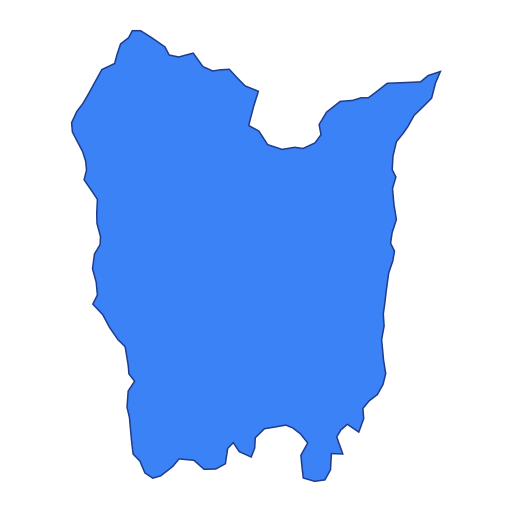 outline of Aparecida d'Oeste, São Paulo, Brazil
{"feature_id": "56859067B28943680298360", "entity_name": "Aparecida d'Oeste", "entity_type": "district", "adm_level": 2, "iso_a3": "BRA", "parent_name": "Brazil", "parent_adm1": "São Paulo", "projection": "robinson", "projection_center": [-50.917, -20.479], "detail": "fine", "context": "isolated", "style": "filled", "palette": "blue", "viewbox_px": 512, "rotation_deg": 0, "n_neighbors": 0, "source": "geoboundaries", "source_scale": "gbopen_adm2", "svg_char_len": 1752}
<svg xmlns="http://www.w3.org/2000/svg" viewBox="0 0 512 512"><path d="M428.2,75.5L420.4,81.9L387.2,83.3L374.8,93.0L368.3,97.8L361.0,97.8L352.7,100.4L340.1,101.4L326.5,112.2L319.1,124.6L321.0,134.7L315.0,142.9L303.0,148.5L294.8,147.3L282.0,149.4L267.6,144.6L258.9,131.1L248.7,125.5L253.6,106.5L258.4,91.3L245.1,85.9L237.3,78.0L229.3,69.3L220.4,69.8L212.8,71.0L202.9,66.6L193.2,53.1L178.7,57.0L169.2,55.0L164.9,46.9L151.7,37.7L140.6,30.7L132.3,30.7L128.6,37.7L120.6,43.9L117.2,53.9L114.6,63.5L101.8,69.6L88.2,94.4L82.9,103.5L76.8,111.5L71.6,122.7L72.4,132.0L82.6,151.6L85.7,161.3L86.5,170.2L84.1,179.8L91.8,191.0L97.4,199.4L96.7,213.6L97.0,223.6L100.5,236.6L100.1,244.6L94.5,253.9L92.5,268.7L96.2,282.2L97.4,295.0L92.8,304.1L102.7,314.6L109.6,327.5L118.0,339.7L125.1,346.6L126.6,355.5L128.2,365.2L128.9,373.9L134.6,381.2L128.2,391.0L127.0,407.2L129.4,417.3L130.7,431.6L131.6,441.3L133.1,454.0L139.9,461.1L144.9,472.9L152.8,478.2L160.8,475.8L172.9,466.3L179.0,458.9L193.9,460.3L204.1,469.3L215.8,469.0L225.4,463.7L227.7,448.3L233.3,442.7L239.3,451.7L251.2,457.0L254.7,448.0L255.3,437.7L264.5,428.7L276.3,426.8L285.8,425.1L292.6,427.8L300.6,434.0L307.7,443.0L300.9,455.3L302.1,468.0L303.3,478.0L314.7,481.3L324.9,479.9L330.5,469.8L331.4,453.6L342.8,454.0L336.7,436.9L340.9,429.9L347.4,424.3L358.8,432.1L363.7,418.6L362.9,408.5L369.0,401.0L377.4,394.5L383.0,384.5L385.7,373.7L383.5,359.7L382.6,349.6L381.6,339.7L384.1,326.1L383.3,313.8L384.8,303.4L386.2,291.1L388.7,273.0L392.8,260.9L394.5,251.1L390.6,243.3L392.1,232.7L396.4,219.5L394.0,205.0L392.5,188.5L395.9,177.0L392.2,169.7L393.0,156.0L396.4,141.7L403.2,133.3L407.8,126.7L414.1,115.4L423.3,106.5L431.6,98.2L435.5,83.0L440.4,71.5L428.2,75.5Z" fill="#3b82f6" stroke="#1e3a8a" stroke-width="1.5"/></svg>